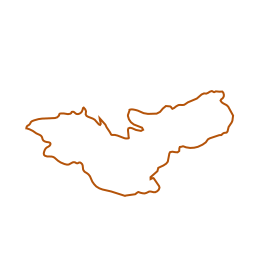 map outline of Điện Biên (Natural Earth projection), rotated 110°
{"feature_id": "VNM-450", "entity_name": "Điện Biên", "entity_type": "Province", "adm_level": 1, "iso_a3": "VNM", "parent_name": "Vietnam", "parent_adm1": "", "projection": "natural_earth1", "projection_center": [102.938, 21.7], "detail": "fine", "context": "isolated", "style": "outline", "palette": "amber", "viewbox_px": 256, "rotation_deg": 110, "n_neighbors": 0, "source": "natural_earth", "source_scale": "10m", "svg_char_len": 3053}
<svg xmlns="http://www.w3.org/2000/svg" viewBox="0 0 256 256"><g transform="rotate(110 128 128)"><path d="M110.4,132.8L110.2,132.6L109.5,131.5L108.9,129.8L108.5,127.3L108.3,124.8L108.7,118.4L107.9,114.0L104.7,106.0L101.9,103.4L97.8,101.9L94.4,99.9L93.3,95.8L93.4,95.3L93.5,94.9L93.7,94.6L94.0,94.3L94.8,92.9L93.4,91.5L91.1,90.1L89.2,88.4L88.6,87.2L87.7,84.5L87.1,83.3L86.2,82.5L83.4,80.5L76.8,73.4L71.3,70.3L69.5,68.4L68.9,66.2L67.6,64.8L66.0,63.6L64.7,62.0L64.6,61.3L64.9,60.0L64.9,59.4L64.6,58.9L63.8,58.3L63.5,57.9L62.6,54.4L62.1,53.3L61.5,51.8L62.4,50.4L64.1,49.2L65.7,48.8L67.7,49.2L69.2,50.2L70.6,50.4L71.8,48.7L72.3,46.8L72.8,43.1L73.7,41.1L80.4,33.5L85.4,32.4L87.4,32.5L92.6,33.8L97.2,33.3L98.6,33.8L99.8,36.1L101.1,37.2L102.0,37.5L102.7,37.9L103.5,39.8L109.7,47.6L111.3,49.0L114.9,50.0L118.2,52.3L121.8,55.9L123.9,59.1L125.5,62.8L126.3,66.8L126.3,69.8L126.5,70.3L127.3,71.3L128.1,72.8L129.5,72.8L132.1,72.0L133.9,73.1L134.6,75.5L135.1,78.2L136.3,80.2L137.9,80.4L146.0,79.1L148.4,79.9L151.1,81.9L155.1,85.9L158.5,85.6L166.5,90.0L168.3,89.3L168.0,89.0L167.4,88.4L166.7,87.7L166.4,86.9L166.7,86.3L172.0,78.9L173.3,78.0L175.4,78.0L177.4,78.9L179.0,80.4L179.6,82.1L179.9,84.8L180.5,86.4L182.7,88.5L183.8,90.0L184.3,91.8L184.6,94.0L184.6,96.3L185.0,96.8L186.7,98.0L187.5,98.3L187.9,98.8L192.2,106.9L192.8,107.6L193.4,122.2L194.5,130.9L194.5,134.3L193.8,137.8L192.4,140.6L190.6,143.2L186.4,147.2L185.1,149.3L184.5,151.2L184.0,153.7L183.2,155.1L182.3,156.0L178.7,157.8L177.7,158.7L177.0,160.1L176.8,161.3L177.2,162.2L177.8,162.7L178.4,163.3L178.7,164.4L178.4,165.9L178.6,167.1L179.2,168.2L182.6,171.2L183.3,172.9L183.6,175.4L183.4,179.5L182.7,182.6L181.0,187.0L180.8,188.5L181.0,190.2L182.4,194.3L182.5,196.5L181.9,197.8L180.6,198.5L179.0,198.7L177.2,198.7L175.5,198.4L174.0,197.6L172.7,196.4L171.5,195.6L170.4,195.3L169.4,195.4L168.7,196.0L168.5,196.8L168.6,198.0L169.0,199.7L169.1,201.7L168.7,203.3L167.9,204.3L166.0,205.7L165.1,206.9L164.7,208.5L164.4,212.3L163.3,216.4L162.9,220.0L163.0,223.1L163.1,223.4L162.4,223.6L161.3,223.6L160.4,223.3L159.2,222.3L158.4,221.8L157.5,221.5L155.8,221.3L154.8,220.8L154.2,220.3L152.9,218.8L150.3,215.2L148.6,212.0L145.7,205.0L143.6,200.0L142.2,198.2L139.9,197.1L138.6,197.3L137.8,196.9L137.4,196.2L137.0,195.2L136.3,193.3L135.5,189.1L135.4,189.0L134.4,187.2L133.5,186.5L132.7,186.5L132.1,186.3L131.5,185.2L131.5,184.1L132.3,182.0L132.4,181.0L132.0,179.7L131.1,178.5L129.9,177.6L128.5,177.0L126.5,176.9L124.7,177.1L124.0,176.6L125.1,174.6L126.6,173.2L129.7,172.4L130.8,171.1L131.1,169.3L131.2,164.3L131.6,162.1L134.6,156.6L134.7,155.3L133.5,155.0L131.7,156.0L129.8,157.3L128.5,158.0L132.6,150.4L134.6,148.4L138.1,143.6L139.9,141.6L140.0,141.3L140.0,141.0L140.0,140.7L139.9,140.4L139.0,138.0L138.7,135.4L138.8,127.8L138.6,126.6L138.2,125.4L137.5,124.0L137.0,123.8L136.5,124.2L129.8,127.4L128.2,127.5L127.1,126.2L126.8,124.1L127.1,119.8L126.3,114.8L124.5,113.2L122.9,114.9L122.7,123.7L121.6,127.2L119.5,130.1L116.7,132.2L115.7,132.5L110.8,132.6L110.4,132.8Z" fill="none" stroke="#b45309" stroke-width="2"/></g></svg>